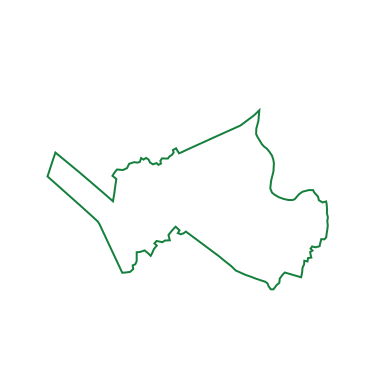 Canhotinho, Pernambuco, Brazil (Natural Earth projection), rotated 292°
{"feature_id": "56859067B30065797041246", "entity_name": "Canhotinho", "entity_type": "district", "adm_level": 2, "iso_a3": "BRA", "parent_name": "Brazil", "parent_adm1": "Pernambuco", "projection": "natural_earth1", "projection_center": [-36.177, -8.872], "detail": "fine", "context": "isolated", "style": "outline", "palette": "green", "viewbox_px": 384, "rotation_deg": 292, "n_neighbors": 0, "source": "geoboundaries", "source_scale": "gbopen_adm2", "svg_char_len": 2026}
<svg xmlns="http://www.w3.org/2000/svg" viewBox="0 0 384 384"><g transform="rotate(292 192 192)"><path d="M140.9,246.2L138.0,256.1L135.6,262.0L135.2,272.9L135.5,278.6L135.6,284.5L136.2,293.8L135.5,296.2L133.1,298.6L131.3,301.5L132.3,304.0L137.4,305.3L140.5,307.0L144.6,305.8L149.0,306.9L152.1,308.2L153.8,325.1L158.5,324.3L163.0,322.9L167.0,323.0L170.3,321.9L170.9,325.1L174.2,324.3L175.9,327.2L178.8,325.1L180.7,324.0L182.8,325.7L183.9,323.2L186.5,323.8L187.0,327.3L189.5,330.6L191.7,330.2L196.7,329.5L197.7,332.5L200.2,333.4L204.1,332.4L207.9,331.5L211.7,330.5L215.8,328.3L219.4,327.5L222.9,325.0L226.5,323.7L231.0,321.5L233.5,319.9L231.2,316.9L231.9,312.7L234.9,310.6L237.4,305.4L239.1,303.6L237.6,299.7L233.7,294.4L230.1,292.1L223.7,289.9L222.1,288.0L220.7,284.4L219.9,279.4L219.7,274.4L220.4,269.7L221.4,266.4L224.7,263.2L232.3,261.1L241.6,259.8L249.3,257.2L252.7,255.1L255.8,252.4L258.5,248.4L260.3,245.0L261.0,242.0L262.5,238.9L267.6,232.1L269.7,229.8L274.8,227.9L282.9,226.9L293.0,223.8L286.5,220.9L271.8,212.0L250.4,191.5L230.4,172.5L228.5,170.7L225.2,167.7L223.0,165.5L226.5,160.8L223.7,158.6L221.7,160.2L218.7,159.4L216.9,158.0L214.0,157.1L211.8,151.5L209.0,151.0L206.7,152.6L204.6,150.7L205.5,148.3L203.0,145.3L203.6,142.1L205.8,139.6L206.4,136.6L203.9,135.0L204.4,132.1L200.5,132.4L198.8,130.5L198.0,127.2L196.4,125.3L194.7,123.2L189.8,122.8L186.5,119.7L184.8,114.1L182.7,113.3L177.2,112.2L175.8,116.9L165.3,119.5L162.4,120.3L153.8,122.2L157.9,110.4L164.7,90.2L165.6,87.5L168.1,80.1L177.4,50.6L170.4,51.0L152.3,52.2L145.2,72.1L137.1,94.8L132.0,108.7L129.3,115.8L127.4,118.4L91.0,157.6L92.6,160.8L94.7,164.5L98.5,166.4L101.7,164.5L103.8,166.5L107.2,166.6L115.4,163.3L116.9,166.2L120.1,170.0L118.6,174.6L117.3,177.6L121.0,178.0L124.6,178.0L129.2,179.4L130.3,176.4L133.3,177.5L134.4,183.4L136.8,185.0L138.9,189.5L143.3,186.3L145.5,186.9L147.8,187.6L150.2,188.4L153.7,189.8L151.8,194.8L148.6,194.3L148.6,197.4L150.5,199.6L153.0,201.2L142.5,241.3L140.9,246.2Z" fill="none" stroke="#15803d" stroke-width="2"/></g></svg>